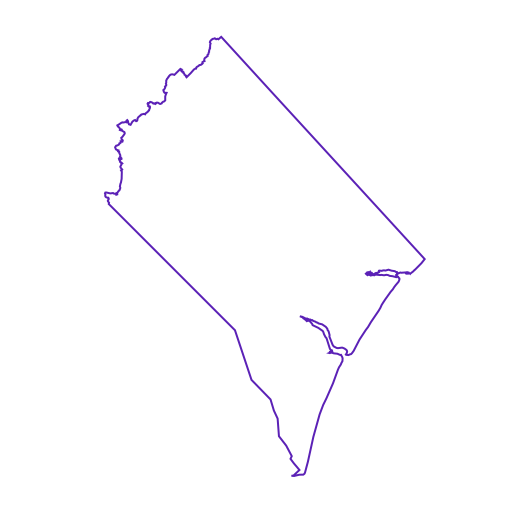 Güer Aike, Santa Cruz, Argentina, rotated 46°
{"feature_id": "61730980B56904104065194", "entity_name": "Güer Aike", "entity_type": "district", "adm_level": 2, "iso_a3": "ARG", "parent_name": "Argentina", "parent_adm1": "Santa Cruz", "projection": "albers", "projection_center": [-69.615, -51.54], "detail": "fine", "context": "isolated", "style": "outline", "palette": "violet", "viewbox_px": 512, "rotation_deg": 46, "n_neighbors": 0, "source": "geoboundaries", "source_scale": "gbopen_adm2", "svg_char_len": 5937}
<svg xmlns="http://www.w3.org/2000/svg" viewBox="0 0 512 512"><g transform="rotate(46 256 256)"><path d="M231.8,133.0L150.4,130.9L74.2,128.8L74.0,132.5L73.0,132.8L72.4,134.1L70.8,134.4L70.6,135.1L69.8,136.2L69.7,137.3L69.5,137.5L69.7,139.8L70.2,140.7L71.7,141.1L72.1,142.1L74.5,144.6L74.4,144.8L74.9,145.2L75.0,145.8L76.0,147.5L76.6,147.9L76.8,148.7L77.8,150.2L77.7,151.2L78.6,152.0L78.3,153.0L78.4,153.8L78.1,154.8L78.2,155.9L79.3,157.4L80.0,157.6L79.3,159.7L79.7,160.1L79.8,160.5L80.2,161.2L80.4,161.1L80.4,161.8L80.2,162.3L80.2,162.9L79.4,164.0L79.3,164.6L79.4,164.8L79.3,165.7L78.9,167.1L78.9,167.6L79.5,168.8L79.1,169.0L79.0,170.0L78.7,171.0L79.1,175.9L79.2,181.8L78.2,181.7L78.0,181.1L77.8,181.0L75.9,181.5L74.8,180.9L74.2,181.0L73.6,180.6L73.4,180.8L73.2,180.5L72.3,180.5L72.3,180.8L71.9,180.9L71.8,181.2L71.2,181.2L70.4,181.0L70.2,180.3L69.7,180.4L69.8,180.1L68.9,180.4L69.0,188.9L67.5,189.7L66.5,190.8L66.1,191.9L66.2,192.5L66.1,193.2L66.5,194.6L66.4,195.1L66.7,195.8L66.8,197.1L67.5,198.8L69.0,200.2L69.4,201.1L70.4,201.5L71.0,202.2L70.8,202.8L71.0,203.9L71.6,204.1L72.1,205.1L72.4,206.7L72.3,207.4L73.8,208.2L74.8,208.4L75.6,208.2L75.9,207.5L76.5,207.0L77.4,209.1L78.2,210.5L81.0,213.2L81.0,214.7L80.5,215.7L80.4,217.2L80.7,217.8L80.2,219.1L79.8,219.5L77.7,220.0L76.8,220.7L76.4,221.6L76.8,221.9L76.7,222.9L75.2,223.3L75.0,224.0L73.4,224.1L71.9,224.8L71.6,225.3L71.8,225.8L71.5,226.9L70.9,227.4L71.2,228.3L72.8,228.5L73.1,229.4L74.2,229.3L74.7,228.5L75.2,228.7L76.0,229.8L76.6,231.4L77.0,231.8L76.8,232.4L77.1,233.4L76.9,234.7L77.0,235.0L76.7,236.2L77.1,237.3L75.9,237.9L74.6,240.1L74.5,240.6L74.7,241.1L74.5,241.5L74.6,242.1L74.5,242.4L74.4,244.4L75.0,246.1L75.8,246.8L76.1,248.1L75.7,248.6L74.2,248.5L73.7,249.7L73.5,251.6L74.5,255.1L73.0,255.9L72.6,255.6L71.6,255.5L70.1,254.4L68.8,254.2L68.7,255.1L69.9,255.7L69.9,256.3L69.1,256.7L67.6,259.0L67.0,259.3L66.6,260.5L66.2,263.0L65.7,265.0L66.9,265.4L67.6,265.2L69.4,265.3L70.6,266.0L70.8,266.4L71.4,266.1L71.3,265.0L71.8,264.8L72.3,265.5L75.4,264.6L76.5,265.1L76.9,265.9L77.5,269.4L77.4,270.8L78.9,271.7L79.6,271.4L80.4,271.7L80.4,272.1L80.7,272.2L80.9,272.6L80.4,272.8L80.2,273.6L79.6,273.8L80.5,274.7L80.4,275.8L80.1,276.0L80.6,277.2L80.2,278.8L79.5,280.0L79.9,281.8L81.7,282.6L82.5,282.6L84.5,281.6L84.8,282.5L85.4,282.5L86.1,282.1L86.9,282.8L89.0,283.5L89.9,284.2L90.1,284.8L92.3,284.9L92.8,285.4L92.7,285.7L90.6,286.7L90.6,286.9L91.8,287.6L93.0,287.7L93.7,288.4L94.9,288.3L95.0,288.0L95.7,287.9L96.5,287.9L96.3,289.0L96.8,289.4L97.4,291.4L98.3,292.0L100.9,292.2L101.0,292.8L100.7,293.6L102.2,294.0L107.2,299.1L109.4,302.2L109.8,303.2L111.4,305.6L112.5,306.1L113.3,307.1L113.4,307.9L113.9,308.6L113.8,309.9L114.3,312.2L115.3,313.0L114.9,313.9L113.7,313.1L113.4,314.1L112.4,314.9L111.4,315.1L109.8,317.3L106.4,319.5L105.7,320.3L105.8,320.6L106.1,320.8L106.2,321.3L107.3,321.7L107.8,322.5L108.6,323.0L109.6,323.0L111.0,322.3L111.4,321.8L112.2,321.9L112.5,322.6L113.0,322.8L113.1,323.7L113.3,324.2L113.8,324.5L115.6,324.7L116.3,325.8L294.8,322.7L342.0,345.3L369.3,345.2L379.6,350.5L388.0,353.4L401.6,364.7L413.4,366.0L424.8,369.3L425.9,372.1L431.4,372.8L440.1,373.4L440.0,381.5L438.7,383.2L440.7,381.4L443.4,376.8L446.1,373.9L446.3,372.5L445.9,371.3L440.0,361.5L425.9,340.3L414.1,320.2L409.8,311.1L407.3,304.2L401.1,289.1L394.7,276.0L393.7,273.5L393.0,270.4L392.3,268.9L391.7,266.9L389.9,264.9L388.9,264.3L386.2,263.5L385.9,264.0L385.2,264.4L382.9,265.3L380.0,267.7L378.0,268.7L377.9,269.0L377.0,269.5L377.3,270.0L377.2,270.3L376.6,270.7L376.8,270.1L376.3,269.5L376.7,268.8L375.9,268.7L376.5,268.6L377.9,267.6L376.6,266.9L375.3,267.5L374.1,267.3L364.2,262.4L362.5,262.3L359.5,261.4L357.5,260.4L356.2,260.1L351.0,261.1L345.1,263.3L343.9,262.8L340.8,262.6L339.3,263.0L338.6,263.5L338.2,264.7L336.1,264.7L335.1,265.0L334.1,264.9L333.7,265.2L332.5,265.1L329.8,266.3L332.0,264.9L335.8,263.6L336.4,262.7L337.1,262.7L337.8,262.1L338.6,262.1L339.2,261.2L340.8,260.6L341.3,260.0L342.3,260.0L344.7,258.8L345.7,258.7L346.7,258.0L347.9,257.9L351.1,255.9L355.4,255.0L357.8,255.2L358.9,255.9L360.6,256.1L364.0,258.0L365.0,259.2L373.1,262.6L375.0,262.9L378.1,261.9L379.2,261.1L381.4,258.1L382.0,257.5L384.1,256.6L386.4,256.2L387.5,256.5L388.1,256.9L388.7,257.8L389.2,259.1L389.3,259.8L389.7,259.8L391.5,258.3L392.0,256.8L392.6,255.8L392.6,254.6L392.1,251.7L388.0,239.5L385.5,228.5L384.9,224.7L383.4,219.3L380.6,205.9L379.7,202.6L378.5,199.6L377.9,197.2L377.0,193.2L375.3,184.0L375.0,180.7L374.4,178.3L374.0,175.7L373.6,171.6L373.2,170.4L372.5,169.1L371.7,168.4L370.7,168.5L369.7,168.2L368.9,168.3L369.0,169.1L368.7,169.8L365.4,171.8L363.2,173.6L361.4,174.3L360.1,175.3L358.8,177.3L356.6,179.0L356.0,179.9L352.8,182.6L352.3,183.4L352.0,184.4L351.0,185.0L349.9,186.7L349.1,187.2L348.0,187.1L347.9,187.3L348.2,187.7L347.8,188.0L347.1,188.1L347.3,188.8L347.1,189.1L346.4,189.2L346.3,188.7L346.7,188.6L346.6,188.4L345.7,188.4L344.9,189.2L344.3,189.0L344.9,188.9L345.2,188.3L345.0,187.4L345.9,186.1L346.3,185.9L346.5,185.5L347.2,185.4L347.4,185.0L348.5,184.4L350.0,184.7L350.8,184.0L351.5,181.5L352.6,180.2L353.0,179.2L353.1,178.7L352.3,178.5L352.0,177.8L352.1,177.5L354.1,175.8L354.4,175.0L355.2,173.9L356.4,173.0L357.9,170.2L360.7,168.7L363.3,166.7L364.5,166.5L365.6,165.7L366.4,165.8L366.4,166.5L367.1,167.5L366.9,168.2L367.0,168.3L367.3,166.0L368.1,163.7L369.0,163.1L372.0,159.5L373.2,158.4L372.1,159.1L372.8,158.4L374.1,157.6L374.6,157.8L373.9,158.0L373.8,158.7L372.6,160.0L371.9,160.1L372.6,160.3L373.3,160.0L375.9,157.0L376.3,153.6L376.2,151.7L376.3,151.6L376.3,150.5L376.1,142.0L375.4,136.8L296.7,134.7L231.8,133.0ZM349.6,185.9L348.5,185.1L348.0,185.5L347.5,185.3L347.5,185.9L347.0,186.0L346.6,185.6L346.6,186.2L346.5,186.6L346.2,186.8L345.9,186.5L345.2,187.5L345.3,188.1L345.4,188.5L345.9,188.0L346.7,188.1L346.9,188.6L346.4,189.0L347.1,189.0L347.0,188.0L348.1,187.6L347.6,187.4L348.0,186.7L349.0,186.8L349.6,186.3L349.6,185.9Z" fill="none" stroke="#5b21b6" stroke-width="2"/></g></svg>